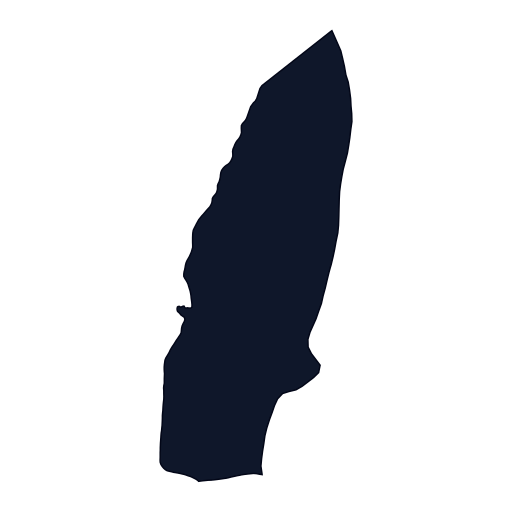 Ayn, Shabwah, Yemen (Robinson projection)
{"feature_id": "15242507B91008874349012", "entity_name": "Ayn", "entity_type": "district", "adm_level": 2, "iso_a3": "YEM", "parent_name": "Yemen", "parent_adm1": "Shabwah", "projection": "robinson", "projection_center": [45.555, 14.95], "detail": "fine", "context": "isolated", "style": "filled", "palette": "ink", "viewbox_px": 512, "rotation_deg": 0, "n_neighbors": 0, "source": "geoboundaries", "source_scale": "gbopen_adm2", "svg_char_len": 3703}
<svg xmlns="http://www.w3.org/2000/svg" viewBox="0 0 512 512"><path d="M262.1,474.6L262.0,473.7L260.9,466.1L261.6,458.5L262.6,450.9L263.8,443.5L264.9,435.7L266.8,427.9L269.5,419.5L272.1,412.5L274.5,405.5L277.6,398.8L282.6,393.5L289.0,391.5L296.0,389.8L302.2,386.2L308.0,381.8L313.6,377.5L318.6,372.6L320.1,365.2L315.8,359.5L311.4,353.7L308.1,347.1L307.9,339.3L310.0,332.2L313.0,325.5L316.0,318.8L318.7,311.0L321.4,303.5L323.1,295.8L325.2,288.1L327.2,279.5L329.0,272.2L330.4,267.1L331.1,264.8L333.0,256.9L334.6,249.3L336.0,241.5L337.8,232.9L338.5,225.4L338.8,216.8L339.0,207.9L339.2,199.8L339.6,191.6L340.6,183.9L341.8,176.6L343.2,169.2L345.4,160.9L347.4,153.1L348.7,145.2L349.8,137.7L350.8,129.2L351.9,121.6L351.7,113.6L351.0,106.2L350.6,98.4L349.5,89.9L348.2,82.1L345.9,75.0L344.4,66.3L343.0,60.2L342.7,58.8L340.8,50.9L334.3,36.1L331.9,30.7L330.6,31.6L294.4,60.1L262.0,85.6L260.0,88.5L258.6,92.9L256.7,98.8L256.1,99.7L255.2,101.3L253.5,102.8L250.7,106.7L247.3,116.4L246.5,118.5L245.4,120.4L244.0,122.0L242.5,123.6L241.4,125.6L241.3,128.2L241.4,130.4L241.5,132.6L240.9,134.8L239.9,137.1L238.7,138.9L237.1,140.7L235.9,142.5L234.8,144.7L234.0,146.8L233.0,149.1L232.6,151.5L232.8,154.0L232.8,156.4L232.0,158.6L231.1,160.6L229.7,162.8L228.0,164.3L226.2,165.4L224.6,166.7L223.1,168.3L221.7,170.3L220.9,172.4L220.5,174.8L220.3,177.2L219.8,179.4L219.2,181.6L218.1,183.8L217.5,185.6L217.5,189.2L216.9,191.6L216.2,193.3L214.8,195.0L213.4,196.6L212.4,198.4L212.2,200.8L211.8,203.0L210.9,205.0L209.8,206.9L208.1,208.7L206.4,210.6L205.0,212.3L203.4,214.2L201.8,215.9L200.2,217.9L198.7,219.8L197.6,221.8L196.5,223.8L195.4,226.0L194.3,228.1L193.3,230.2L192.9,232.5L192.7,234.7L192.7,235.2L192.6,237.6L192.6,239.9L192.6,242.4L192.7,244.9L192.7,247.4L192.1,249.5L191.4,252.0L190.5,254.1L189.3,256.7L188.2,258.6L187.0,260.7L186.1,262.8L185.5,265.1L185.1,267.5L184.7,269.7L184.1,271.8L183.8,274.1L183.8,276.3L184.8,278.3L186.1,280.3L187.2,282.2L188.1,284.2L188.7,286.3L189.4,288.6L190.1,290.8L190.6,293.2L191.0,295.6L191.2,298.0L191.5,300.2L191.8,302.5L192.0,304.9L191.9,307.2L190.6,308.2L188.7,308.0L187.7,307.9L187.3,307.8L185.7,308.2L185.3,307.9L184.8,307.5L184.6,307.2L184.0,306.1L183.0,306.2L181.7,306.8L180.6,307.2L179.5,306.4L178.9,306.4L178.2,306.5L177.5,306.9L177.1,308.2L177.1,309.8L177.5,311.2L177.8,311.6L179.6,313.2L180.9,314.9L182.6,316.1L184.4,317.4L184.9,319.7L184.2,321.7L183.1,323.7L182.1,326.0L181.6,328.2L181.4,330.4L181.2,332.7L180.2,334.7L178.9,336.6L177.6,338.6L176.3,340.4L175.1,342.4L173.9,344.3L173.6,344.8L172.5,346.3L171.4,348.1L170.3,350.0L169.2,352.4L168.0,354.5L166.9,356.3L165.8,358.1L165.0,360.2L164.7,362.4L164.4,364.5L164.2,367.0L164.2,369.2L164.3,371.4L164.5,373.6L164.4,376.1L164.3,378.4L164.3,380.7L164.3,383.3L163.8,385.8L163.6,388.1L163.8,390.6L163.8,393.5L163.9,396.4L163.8,399.3L163.5,401.8L163.2,404.9L163.0,407.9L162.9,410.4L162.6,413.0L162.4,415.5L162.4,418.0L162.3,421.0L162.2,423.2L162.1,425.4L161.8,428.3L161.6,430.6L161.2,433.0L161.0,435.4L160.9,437.6L160.7,440.0L160.7,440.4L160.5,442.9L160.4,445.5L160.3,447.7L160.3,450.1L160.2,452.5L160.2,454.9L160.2,457.5L160.1,460.0L160.2,462.2L160.9,464.3L161.1,464.7L162.2,466.4L163.7,468.2L165.4,469.7L167.1,470.7L169.5,471.3L171.4,471.7L173.6,472.3L175.6,472.6L177.9,473.0L179.9,473.4L182.0,473.9L184.2,474.4L186.1,475.0L188.2,475.8L190.3,476.4L192.3,477.3L194.3,478.3L196.2,479.3L198.0,480.6L198.6,481.3L202.3,480.8L205.4,480.5L208.3,480.2L211.1,480.1L214.2,479.8L217.5,479.4L221.2,478.9L225.2,478.3L225.5,478.3L228.1,477.8L231.1,477.0L234.4,476.3L237.5,475.6L239.9,475.2L240.9,474.9L244.1,474.4L247.4,474.0L250.4,473.7L253.5,473.4L256.4,473.6L259.4,474.2L262.1,474.6Z" fill="#0f172a" stroke="#020617" stroke-width="1.5"/></svg>